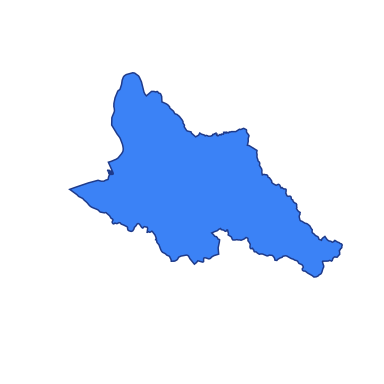 Tien Yen, Quảng Ninh, Vietnam, rotated 151°
{"feature_id": "81297802B1435628045096", "entity_name": "Tien Yen", "entity_type": "district", "adm_level": 2, "iso_a3": "VNM", "parent_name": "Vietnam", "parent_adm1": "Quảng Ninh", "projection": "natural_earth1", "projection_center": [107.339, 21.373], "detail": "fine", "context": "isolated", "style": "filled", "palette": "blue", "viewbox_px": 384, "rotation_deg": 151, "n_neighbors": 0, "source": "geoboundaries", "source_scale": "gbopen_adm2", "svg_char_len": 6039}
<svg xmlns="http://www.w3.org/2000/svg" viewBox="0 0 384 384"><g transform="rotate(151 192 192)"><path d="M178.7,299.6L185.3,298.2L185.7,300.5L185.6,302.6L182.8,312.9L182.4,318.0L182.5,319.5L184.5,323.8L186.0,325.0L192.6,326.6L194.9,326.4L196.3,325.8L198.8,323.7L201.5,320.2L205.1,316.8L205.8,316.5L207.3,316.5L208.3,316.0L213.5,311.8L217.3,307.4L218.9,304.7L219.5,302.7L220.5,300.5L221.5,299.5L224.7,297.0L226.1,295.8L229.8,289.5L229.4,279.0L228.9,275.6L228.8,273.8L229.7,267.5L230.4,265.1L231.2,263.1L232.2,261.6L233.0,260.8L235.1,259.6L240.2,257.6L242.3,257.4L247.8,258.0L250.7,258.6L251.7,247.4L252.0,246.2L252.4,245.9L253.1,246.0L255.6,247.3L257.6,245.7L259.3,243.7L261.8,244.2L263.9,244.2L266.1,245.4L268.5,247.8L278.2,250.2L292.1,252.7L297.7,253.6L293.9,245.4L293.3,243.1L290.7,239.3L290.2,237.0L289.5,235.3L288.8,233.0L288.5,231.0L288.1,229.4L287.6,228.2L286.8,226.9L283.4,222.7L282.7,221.5L282.2,219.4L281.8,218.8L278.7,216.2L277.5,215.9L277.1,215.6L276.9,214.7L275.6,211.2L275.5,208.2L274.6,206.8L274.6,206.1L274.9,205.6L276.0,204.9L276.5,204.3L276.6,203.3L276.3,202.3L275.8,202.0L274.5,202.2L273.0,200.7L270.7,200.6L269.8,199.9L269.5,198.3L267.9,196.4L265.7,193.2L265.5,192.3L266.2,191.0L266.4,189.5L265.8,188.5L264.3,187.0L262.8,186.7L261.0,187.6L259.5,189.0L257.6,189.5L255.5,190.6L254.6,190.6L254.1,190.3L253.5,189.2L253.2,185.7L252.8,184.5L252.4,184.3L251.2,184.8L250.4,184.8L248.2,182.8L248.4,181.7L250.8,178.5L250.5,178.3L249.4,178.5L248.5,177.3L247.6,177.1L246.1,177.2L245.8,176.6L245.2,172.2L245.7,168.8L245.8,168.5L246.6,168.3L247.0,167.9L246.3,167.0L247.0,165.3L247.0,164.5L246.5,161.9L247.3,156.6L247.3,154.9L247.0,153.6L245.2,150.9L244.7,149.1L242.9,146.7L243.1,142.9L243.7,141.5L241.0,140.1L240.2,139.9L238.2,139.9L237.4,140.1L235.3,141.4L234.8,141.4L232.7,141.3L227.4,139.5L226.5,138.6L226.1,137.5L226.2,134.7L224.9,127.7L222.4,128.1L220.2,129.0L216.8,125.6L215.9,125.4L215.6,125.5L214.2,128.0L213.4,128.5L212.6,128.2L211.8,127.6L209.9,125.5L209.4,125.2L208.1,125.0L206.3,125.6L203.7,125.7L198.8,124.7L196.2,130.5L192.4,134.9L191.0,136.8L191.1,137.2L192.0,138.1L192.0,139.8L192.3,141.1L193.6,142.3L193.9,144.3L194.6,146.6L191.5,146.4L188.5,145.9L186.5,146.4L184.7,146.2L184.7,144.9L182.8,143.3L182.0,141.5L181.2,141.2L179.8,141.9L179.3,141.5L179.9,139.6L180.1,138.3L180.6,137.6L181.2,137.0L179.5,133.9L179.4,133.2L179.7,131.3L179.5,130.2L177.7,129.2L175.8,128.6L174.9,127.7L173.4,126.9L172.5,126.0L169.0,125.6L166.8,126.0L165.7,124.7L165.7,123.9L166.7,122.2L166.4,120.4L166.4,118.1L167.9,115.9L168.2,115.1L168.2,114.2L167.9,113.7L166.7,113.6L166.3,113.4L166.4,112.0L166.1,111.1L166.5,110.1L166.5,109.7L166.0,109.1L165.3,108.8L164.8,108.3L164.5,107.1L163.3,104.9L161.9,104.5L160.4,103.6L157.5,99.9L156.6,99.4L154.9,99.3L152.6,97.7L152.3,97.0L151.9,94.8L152.0,93.9L152.5,92.1L151.0,91.0L149.6,91.5L147.1,91.6L144.7,91.2L143.7,91.7L141.1,90.9L140.1,90.0L137.5,85.7L136.0,84.1L135.1,82.5L133.7,81.2L133.2,80.3L133.1,77.7L131.1,75.2L130.9,73.8L130.9,73.1L131.1,72.3L131.6,71.9L132.7,71.5L133.1,70.8L133.3,70.0L132.8,68.9L131.3,67.8L130.1,65.0L127.4,60.6L126.6,58.5L124.5,57.6L122.6,57.4L121.0,57.9L119.1,57.9L118.3,58.2L117.1,59.1L114.6,61.6L113.6,62.2L113.1,62.7L112.6,63.6L112.3,65.5L111.7,67.8L111.2,68.1L106.4,65.6L104.9,65.5L104.2,64.9L103.4,63.9L102.4,64.2L101.0,65.6L99.1,66.1L98.7,66.1L97.5,65.1L96.4,64.6L94.7,65.4L93.1,65.8L92.2,67.5L91.6,69.3L91.2,69.6L90.3,69.6L89.6,70.4L88.8,70.4L88.0,70.7L87.2,72.0L86.3,72.8L86.4,74.1L87.5,75.3L87.9,76.5L88.9,77.5L90.5,80.4L91.0,80.5L91.6,79.9L93.6,80.0L94.5,81.7L95.4,82.3L96.2,83.2L96.9,84.8L97.3,88.7L99.9,88.4L101.3,87.9L102.2,87.0L103.8,89.0L103.9,89.4L103.5,90.9L103.6,91.9L105.1,94.0L105.6,96.1L106.5,98.1L106.4,98.7L105.1,100.8L105.4,102.0L105.4,105.3L106.5,108.0L107.2,109.0L108.3,109.9L110.1,113.2L111.0,114.1L111.2,115.0L110.3,118.3L109.5,119.4L108.4,120.1L107.9,121.1L107.3,121.7L108.0,122.8L108.5,124.3L108.7,126.8L107.8,127.6L107.3,129.1L106.6,130.0L106.5,131.3L107.6,133.0L108.0,134.2L108.0,135.3L107.7,136.1L108.3,137.0L108.5,137.6L107.8,139.6L107.8,140.1L108.3,140.9L110.2,141.7L110.7,142.5L110.8,143.5L110.5,144.3L110.6,145.4L109.3,147.1L108.5,148.5L108.5,148.9L109.0,149.5L110.2,150.2L110.8,151.3L111.1,152.3L112.1,152.3L112.1,153.9L111.9,155.3L112.3,156.4L112.8,156.9L115.2,157.1L117.0,160.0L117.6,161.5L117.6,161.8L117.0,162.8L117.0,163.9L117.4,166.9L118.3,168.1L117.9,169.6L118.1,170.5L118.9,171.3L119.7,171.7L120.4,172.5L122.2,172.9L121.4,175.4L120.4,176.9L119.9,178.4L120.1,182.6L118.9,184.1L118.6,185.3L119.2,187.4L118.8,188.1L118.3,191.0L116.8,193.5L116.5,194.9L115.0,196.8L119.6,205.0L120.9,206.0L118.2,209.1L116.9,211.6L114.9,213.5L114.8,214.3L114.9,215.2L115.3,217.5L115.1,218.3L114.3,219.7L114.3,220.2L115.0,221.3L115.3,221.6L115.8,222.5L116.1,222.7L119.0,223.0L120.1,223.9L124.4,223.6L128.3,225.7L130.0,226.0L130.3,226.5L130.9,226.1L131.8,226.2L132.6,227.5L133.4,227.0L133.6,227.0L134.0,227.4L134.1,228.4L134.8,228.3L135.4,228.8L136.0,227.6L136.5,227.4L136.9,227.4L137.4,228.1L138.0,228.3L138.5,228.3L138.7,227.9L138.9,227.8L139.9,228.8L142.0,228.5L142.6,229.0L142.9,229.9L142.6,230.2L142.0,230.4L142.7,231.2L142.5,231.9L143.4,231.9L144.3,232.1L145.1,231.8L146.0,232.3L146.6,231.7L147.4,231.5L147.7,231.8L148.7,231.8L149.6,232.3L150.6,232.8L151.2,233.8L152.2,234.7L153.3,234.7L153.7,236.0L155.7,238.0L156.6,239.8L158.7,238.5L162.1,238.5L163.9,243.6L163.7,245.1L166.5,247.6L166.9,248.5L167.2,252.8L166.2,254.1L166.4,256.7L165.7,258.0L165.7,259.7L166.4,264.3L167.6,267.2L168.6,268.2L169.0,268.8L169.1,269.5L169.0,271.6L170.6,275.9L170.6,276.7L170.3,277.5L170.9,280.0L171.9,281.8L174.6,285.4L172.2,290.3L171.9,292.9L172.1,293.5L172.3,293.9L173.2,294.6L173.4,296.2L173.8,296.9L175.1,297.0L176.5,298.4L178.7,299.6ZM255.5,249.4L255.7,248.6L254.8,248.4L253.4,247.6L253.6,247.1L252.7,246.4L252.4,248.2L252.7,248.7L253.0,248.8L252.8,249.2L252.8,249.7L253.5,250.0L253.9,250.5L253.9,251.1L254.6,251.3L254.9,251.9L255.3,251.8L255.5,251.4L254.8,250.7L254.3,249.2L254.5,249.1L255.5,249.4Z" fill="#3b82f6" stroke="#1e3a8a" stroke-width="1.5"/></g></svg>